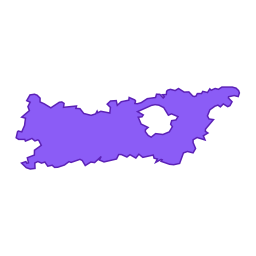 the border of Flemish Brabant, rotated 179°
{"feature_id": "BEL-3475", "entity_name": "Flemish Brabant", "entity_type": "Province", "adm_level": 1, "iso_a3": "BEL", "parent_name": "Belgium", "parent_adm1": "", "projection": "robinson", "projection_center": [4.536, 50.87], "detail": "fine", "context": "isolated", "style": "filled", "palette": "violet", "viewbox_px": 256, "rotation_deg": 179, "n_neighbors": 0, "source": "natural_earth", "source_scale": "10m", "svg_char_len": 2266}
<svg xmlns="http://www.w3.org/2000/svg" viewBox="0 0 256 256"><g transform="rotate(179 128 128)"><path d="M52.6,163.3L47.9,162.1L45.5,165.7L44.2,164.3L40.2,166.0L36.9,165.1L33.4,167.3L23.0,167.1L19.3,166.0L16.8,163.5L16.0,161.1L17.3,157.5L21.3,158.6L26.9,157.5L27.1,156.3L23.5,152.4L25.7,148.6L27.9,147.6L32.3,150.4L35.3,147.5L37.7,149.3L40.7,148.3L45.8,144.8L48.4,138.7L46.8,135.6L42.4,134.9L50.5,125.6L50.7,123.3L48.2,121.6L52.8,118.9L51.2,114.7L59.1,117.3L63.1,115.1L63.2,112.3L60.8,106.3L63.4,102.0L69.0,103.5L73.0,102.1L77.0,91.7L82.9,90.5L87.1,91.0L95.5,94.1L94.4,95.6L95.5,96.0L100.9,93.2L99.2,96.5L102.4,97.3L103.3,100.5L113.7,98.4L117.6,101.6L120.7,97.8L126.5,101.3L129.6,99.0L135.1,101.6L137.8,101.6L140.0,97.2L152.6,94.5L157.2,96.5L155.3,100.0L162.0,94.0L165.8,94.6L171.4,91.2L174.3,96.3L176.6,97.5L185.5,94.6L187.6,95.4L192.2,92.1L198.9,90.0L202.1,89.9L204.5,92.1L208.9,91.2L211.7,95.4L215.1,94.4L218.7,96.1L221.8,94.6L221.7,89.2L226.5,88.7L230.4,90.1L235.1,94.8L230.7,96.2L229.8,94.5L228.1,94.9L229.2,100.0L222.1,102.6L221.9,107.4L215.0,112.2L217.3,117.0L218.4,117.7L221.3,116.7L224.2,119.2L230.8,116.7L231.4,118.4L237.5,118.5L240.0,120.2L238.5,126.2L237.7,126.9L234.3,126.0L231.4,132.3L230.3,139.6L234.1,140.7L226.3,147.1L227.7,151.1L225.4,155.5L228.8,157.1L225.4,162.8L220.9,163.4L218.3,162.4L215.4,159.4L215.5,155.6L211.3,153.6L204.8,149.5L196.3,154.9L193.7,155.2L191.5,153.7L192.1,149.8L179.1,150.9L179.8,148.5L175.7,148.2L172.0,143.3L164.7,141.3L160.1,142.7L158.6,145.4L158.0,143.8L154.9,145.2L145.9,143.3L145.2,148.9L148.4,152.2L145.0,155.3L139.3,155.6L138.3,150.9L134.3,154.4L126.7,155.8L126.3,158.5L120.8,156.0L120.0,154.9L120.7,152.4L118.2,152.1L114.4,153.1L108.2,157.0L99.9,158.0L98.9,161.3L95.6,161.1L92.3,157.4L91.1,158.6L92.9,160.7L89.1,160.8L88.7,164.1L87.5,165.2L84.9,165.9L80.2,164.6L76.8,166.6L71.2,162.9L66.5,163.0L62.7,158.8L61.1,158.3L59.4,158.8L58.1,161.2L53.9,161.2L52.6,163.3ZM118.2,144.2L112.5,140.8L113.9,138.9L117.6,138.6L114.8,131.7L107.9,128.2L110.6,126.0L110.7,123.9L108.0,120.2L105.0,118.4L100.5,121.9L93.2,120.9L86.8,123.4L83.6,128.5L85.3,131.0L84.2,134.6L79.9,135.2L77.8,138.5L84.3,141.4L87.4,140.1L91.9,147.8L96.7,150.3L100.5,150.9L104.2,150.2L118.2,144.2Z" fill="#8b5cf6" stroke="#5b21b6" stroke-width="1.5"/></g></svg>